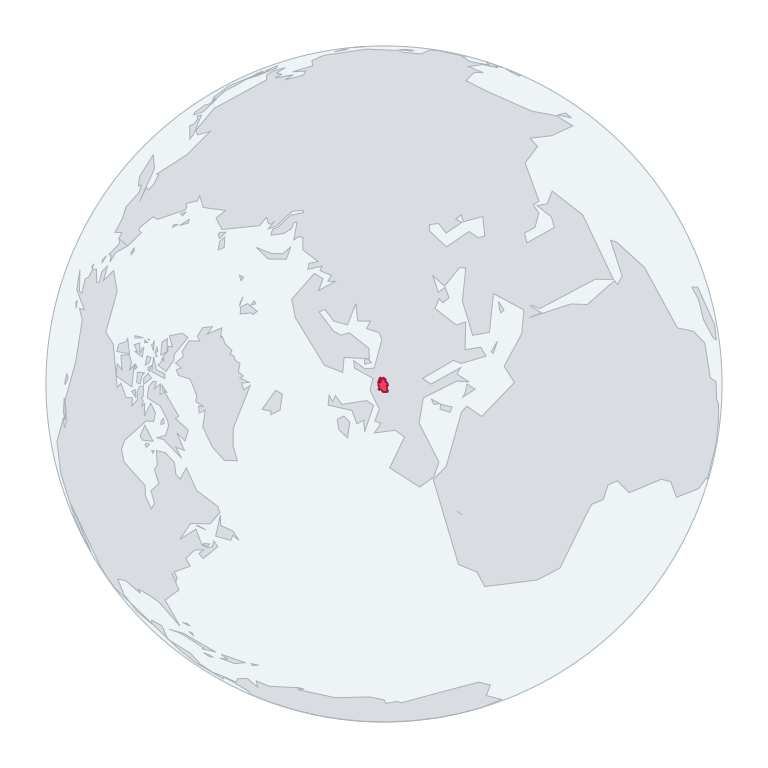 globe centered on Nordrhein-Westfalen, rotated 295°
{"feature_id": "DEU-1572", "entity_name": "Nordrhein-Westfalen", "entity_type": "State", "adm_level": 1, "iso_a3": "DEU", "parent_name": "Germany", "parent_adm1": "", "projection": "orthographic", "projection_center": [7.941, 51.424], "detail": "fine", "context": "on_globe", "style": "filled", "palette": "rose", "viewbox_px": 768, "rotation_deg": 295, "n_neighbors": 0, "source": "natural_earth", "source_scale": "10m", "svg_char_len": 13792}
<svg xmlns="http://www.w3.org/2000/svg" viewBox="0 0 768 768"><g transform="rotate(295 384 384)"><circle cx="384" cy="384" r="338" fill="#eef3f6" stroke="#a8b0b8"/><path d="M46.2,393.1L48.1,392.5L50.4,371.2L50.5,362.7L48.8,362.9L51.8,331.3L56.6,311.2L85.4,226.2L92.6,213.4L99.3,203.5L142.4,151.6L108.2,189.4L118.5,175.4L133.1,158.6L132.6,159.9L152.6,141.3L166.5,128.8L193.5,112.0L218.2,107.7L209.1,112.8L216.1,111.8L228.0,105.6L234.1,101.9L274.2,95.1L314.7,83.4L323.8,76.1L324.7,81.1L339.5,65.7L359.1,60.1L339.1,68.9L338.8,71.8L353.2,68.8L356.0,71.2L364.6,71.4L366.6,74.9L354.8,80.5L355.8,83.0L366.0,80.8L374.4,83.4L359.3,86.1L372.5,91.1L355.2,103.0L313.3,110.0L305.7,121.8L268.0,143.7L273.5,145.4L262.8,155.8L265.1,161.9L257.5,164.8L266.0,167.3L272.5,163.5L278.5,163.5L280.5,166.9L271.0,171.0L268.7,169.9L266.9,173.0L261.4,173.7L265.3,175.3L253.6,180.3L268.0,180.7L261.1,189.1L252.6,191.1L249.9,183.9L223.4,172.8L213.9,173.7L203.3,181.6L190.9,210.5L181.9,214.9L172.4,226.0L179.0,226.4L188.7,218.0L198.5,222.2L209.3,212.2L214.9,212.7L227.4,205.9L229.3,214.7L224.3,227.2L214.1,233.6L211.6,239.5L224.5,240.2L208.3,259.3L202.8,285.1L198.2,289.6L183.7,285.4L175.9,267.7L157.0,264.7L173.0,274.9L161.2,287.0L160.9,292.8L163.7,297.2L169.7,296.0L166.4,302.2L149.4,293.8L152.1,288.0L157.4,290.5L153.7,282.6L142.1,278.2L137.1,285.4L124.9,273.2L121.2,278.3L116.4,279.0L123.2,271.3L110.7,285.2L95.7,276.9L78.4,301.3L91.3,272.3L93.4,260.1L94.3,248.2L91.3,251.8L96.7,232.7L94.6,225.2L83.5,237.0L73.4,256.2L68.5,275.2L71.8,273.2L70.9,285.2L61.3,295.9L58.1,322.5L52.6,335.5L50.2,350.4L51.1,360.1L51.3,376.1L55.0,375.8L59.3,384.8L55.8,397.7L61.0,393.8L61.5,407.6L72.4,434.4L70.6,435.2L79.2,472.7L94.3,503.2L97.8,517.9L95.4,520.7L102.0,530.4L102.2,534.2L133.5,571.4L153.8,595.8L156.1,607.6L144.8,608.4L147.8,623.9L132.5,609.7L117.3,591.5L103.3,572.2L90.8,551.9L79.7,530.9L70.1,509.1L62.1,486.7L55.6,463.8L50.8,440.4L47.7,416.8L46.2,393.1ZM73.3,307.4L70.0,344.9L67.1,331.1L68.5,332.0L70.3,320.7L72.1,304.0L70.9,293.0L73.3,307.4ZM82.6,307.2L82.8,301.7L83.3,306.2L82.6,307.2ZM236.3,100.0L227.9,105.3L216.2,110.3L222.9,105.5L236.3,100.0ZM259.0,92.4L255.9,95.2L248.4,95.1L252.5,93.5L259.0,92.4ZM329.7,70.8L322.3,73.0L328.5,70.1L329.7,70.8ZM365.4,70.9L366.6,69.6L370.5,70.3L365.4,70.9ZM225.5,201.6L226.4,203.7L223.6,203.8L225.5,201.6ZM230.1,196.8L226.2,195.5L227.8,193.1L230.2,193.9L230.1,196.8ZM377.2,76.4L383.1,78.3L375.1,77.3L377.2,76.4ZM234.5,199.0L231.1,188.9L234.0,184.8L245.5,184.7L234.5,199.0ZM385.3,80.0L399.8,85.1L403.7,82.4L400.8,93.4L389.4,85.1L378.8,84.1L385.2,82.5L385.3,80.0ZM273.8,160.8L266.9,165.0L270.8,158.4L273.8,160.8ZM274.8,156.7L278.3,137.7L289.5,133.8L286.0,140.7L299.0,133.4L302.7,140.7L296.5,146.4L288.5,147.4L296.0,149.5L274.8,156.7ZM396.8,99.0L398.5,101.3L394.4,100.0L396.8,99.0ZM281.1,163.0L280.8,159.3L290.5,155.5L292.9,162.2L289.0,161.2L281.1,163.0ZM300.6,128.1L308.2,126.8L313.3,132.2L316.9,132.5L303.8,140.6L300.6,128.1ZM287.8,163.8L293.8,165.8L291.1,170.8L282.1,166.3L287.8,163.8ZM292.0,151.8L296.7,150.4L294.9,153.3L292.0,151.8ZM284.7,190.6L284.2,185.8L289.1,183.4L284.7,190.6ZM296.2,166.2L297.1,164.4L299.0,163.0L302.3,165.4L296.2,166.2ZM308.3,144.0L308.9,146.8L314.0,141.0L318.0,145.2L308.5,149.9L314.3,149.7L315.5,151.0L306.4,153.5L308.3,144.0ZM311.4,163.7L300.7,171.8L300.6,180.9L296.2,183.2L297.1,168.2L311.4,163.7ZM309.2,157.4L309.6,161.7L303.9,162.2L300.1,159.6L309.2,157.4ZM324.2,146.4L320.4,138.8L322.6,138.0L324.2,146.4ZM312.5,166.2L315.0,164.2L313.1,166.7L312.5,166.2ZM321.8,152.3L320.2,149.6L322.8,148.8L321.8,152.3ZM321.5,162.7L318.0,165.2L315.4,163.4L321.5,162.7ZM322.6,157.8L326.4,157.4L316.5,161.2L321.4,156.7L322.6,157.8ZM324.5,152.0L325.5,150.7L324.8,153.3L324.5,152.0ZM333.5,168.5L321.6,173.7L315.8,169.5L328.1,165.0L333.5,168.5ZM720.9,357.9L720.9,358.0L719.5,350.5L718.8,353.6L715.2,338.5L707.2,326.1L708.1,342.4L704.4,334.0L693.6,330.1L692.7,353.5L693.8,403.2L700.0,426.8L697.7,446.0L679.8,430.9L668.5,412.5L664.1,422.8L644.0,418.4L615.3,447.2L609.4,443.5L604.4,452.0L589.9,454.7L580.2,447.5L572.3,453.9L597.8,472.2L606.1,465.2L610.4,447.4L616.2,455.8L629.9,454.9L621.3,492.6L575.7,547.7L568.2,531.1L518.0,493.2L517.8,485.8L517.4,485.1L516.6,484.0L515.1,496.6L505.5,487.6L535.5,519.5L541.9,534.6L575.1,549.2L572.7,553.6L582.5,554.2L610.1,528.5L610.9,534.7L599.7,570.9L558.8,626.2L562.6,642.2L556.8,657.3L527.6,677.1L526.5,683.9L510.9,691.8L507.5,695.5L492.9,702.4L469.9,710.3L434.7,717.3L435.3,715.9L422.1,713.3L404.9,697.0L416.8,685.0L414.8,675.5L389.1,652.2L394.9,636.4L387.3,629.7L372.0,631.6L362.8,623.1L353.3,622.5L291.6,621.3L271.2,605.8L243.0,560.9L252.9,547.7L251.9,527.8L318.3,469.0L335.5,475.2L391.4,466.1L398.9,468.4L395.8,486.2L440.4,501.7L450.8,485.4L487.8,487.6L510.3,479.5L512.2,445.0L475.4,457.7L465.6,443.8L492.4,420.0L524.0,409.0L521.2,403.3L498.4,397.5L502.7,382.6L490.1,394.4L497.4,398.7L489.7,406.5L482.6,403.1L484.4,397.8L474.0,398.3L468.0,424.5L474.8,431.8L449.4,442.9L458.2,456.2L452.3,464.7L435.3,445.5L434.7,436.9L405.4,416.7L403.7,426.5L431.2,446.5L423.9,445.9L421.8,460.4L417.6,448.9L388.0,425.5L363.2,432.4L336.5,466.8L321.0,468.4L305.7,459.9L310.4,424.6L344.6,425.0L346.7,413.5L335.6,396.0L346.9,398.0L346.6,391.2L359.1,390.5L372.5,373.9L384.6,371.6L385.9,350.5L392.3,346.7L389.7,360.1L394.4,368.5L423.9,363.1L428.5,357.7L426.9,344.7L435.3,345.3L430.0,333.5L445.0,324.5L422.2,325.9L419.8,311.8L426.7,298.9L421.8,294.8L410.6,315.8L409.9,324.2L415.7,330.8L410.0,355.0L400.7,360.2L391.2,336.6L377.0,341.7L375.8,322.0L406.7,275.6L421.7,264.5L454.8,274.2L453.6,284.1L441.2,285.3L456.4,296.6L453.4,289.7L460.3,290.5L459.7,278.1L464.6,278.1L455.7,266.4L461.6,265.1L467.1,272.5L471.3,253.9L482.6,248.4L481.2,244.3L476.5,241.4L493.8,236.9L492.0,234.1L485.6,234.5L477.9,229.3L471.0,218.6L477.4,217.6L480.8,221.3L497.4,228.0L505.3,238.6L507.2,237.2L501.8,227.9L481.6,219.5L475.6,213.5L485.5,216.0L481.4,214.6L480.5,211.3L485.5,207.3L474.8,204.1L455.5,171.8L463.3,161.7L474.3,167.0L467.6,145.6L476.9,137.2L471.0,137.4L463.8,128.1L460.8,130.6L457.4,130.0L437.6,109.2L437.9,104.0L422.7,96.6L419.6,96.8L418.6,100.1L400.8,93.4L403.7,82.4L410.5,82.3L407.8,76.1L423.5,77.0L435.3,75.4L454.1,81.0L461.8,79.8L459.8,77.6L468.7,74.8L494.0,78.0L482.2,85.0L446.0,85.3L461.5,85.6L460.6,88.7L467.8,90.9L478.5,91.3L478.1,89.3L508.5,108.5L539.5,119.8L531.0,109.8L534.3,106.2L562.1,113.7L609.9,148.9L614.7,147.2L620.7,151.1L629.0,160.8L620.6,155.3L621.4,160.3L615.4,156.1L625.9,171.0L617.7,165.7L629.9,180.5L634.5,180.8L628.3,169.2L642.3,185.0L646.7,182.0L656.5,190.6L680.4,227.3L690.8,252.4L693.3,257.1L692.6,261.0L699.0,278.4L706.2,284.3L708.6,290.9L715.5,319.7L714.3,315.4L712.5,325.5L717.5,344.3L719.1,340.7L719.5,343.5L720.9,357.9ZM299.4,504.1L298.5,510.4L299.4,504.1ZM560.6,412.9L577.6,402.8L564.6,387.4L570.0,382.5L563.6,379.3L563.6,386.4L547.1,376.5L552.5,365.6L547.7,357.8L541.8,360.9L534.6,382.7L558.1,396.6L556.4,407.5L560.6,412.9ZM72.8,435.0L73.7,440.7L71.6,436.5L72.8,435.0ZM64.2,334.1L64.7,340.0L64.1,344.9L63.2,341.2L64.2,334.1ZM74.4,381.7L76.2,389.2L73.3,383.6L74.4,381.7ZM70.1,350.5L72.9,376.2L67.5,366.9L66.1,350.9L68.5,358.8L70.1,350.5ZM77.3,311.7L77.1,316.1L75.5,317.3L77.3,311.7ZM83.0,310.5L82.7,309.3L83.9,305.7L83.0,310.5ZM162.2,287.5L163.5,288.4L165.3,293.7L162.2,292.8L162.2,287.5ZM186.9,309.0L181.1,318.6L183.1,310.9L177.6,311.2L174.9,295.8L195.8,291.2L186.8,295.8L186.9,309.0ZM177.1,274.9L176.5,284.6L176.3,274.2L177.1,274.9ZM332.3,356.6L337.9,361.2L335.1,369.1L319.7,373.7L323.7,362.2L332.3,356.6ZM346.5,366.1L341.3,342.3L350.6,339.1L346.3,344.8L352.9,345.0L347.7,354.4L361.7,375.3L360.1,383.7L332.7,386.6L342.5,380.8L336.5,376.3L346.5,366.1ZM311.6,293.1L309.5,284.3L332.5,288.4L331.8,296.2L316.5,300.8L308.3,294.4L311.6,293.1ZM255.3,201.5L253.0,199.0L255.6,197.7L259.7,198.7L255.3,201.5ZM284.1,188.6L268.1,211.5L264.6,209.6L259.4,226.1L248.3,227.8L252.0,216.9L239.6,231.0L238.5,221.9L231.1,232.1L240.6,207.7L239.2,200.6L245.0,207.8L255.3,206.3L259.3,203.5L269.5,190.6L271.5,175.3L281.9,171.9L288.8,173.6L289.9,176.8L282.8,177.9L289.4,181.4L280.0,185.4L284.1,188.6ZM363.4,204.3L354.6,202.8L366.4,213.3L356.9,216.2L358.9,217.2L353.4,223.0L350.1,232.0L345.4,232.1L346.2,235.6L342.5,239.7L342.0,244.7L333.3,246.9L331.9,253.2L328.5,250.7L328.6,261.2L324.6,254.4L319.6,259.5L326.1,263.4L280.1,266.1L263.9,273.5L252.5,283.6L247.3,271.5L254.6,254.6L268.4,238.0L284.8,233.0L279.5,228.8L285.7,225.3L287.3,230.1L288.6,220.7L294.2,219.3L306.5,206.3L304.9,194.4L309.3,189.7L312.8,193.6L314.8,186.2L324.3,190.6L327.7,187.4L340.5,188.9L345.1,198.9L348.6,194.6L358.5,196.0L363.4,204.3ZM337.0,169.2L344.7,179.7L343.3,186.7L321.6,181.3L317.2,183.6L303.3,181.0L305.6,171.1L309.4,172.7L313.6,172.0L311.2,175.4L316.2,172.1L321.6,174.3L327.0,172.5L328.0,176.4L337.0,169.2ZM405.5,461.0L410.9,461.2L419.0,459.3L417.8,468.7L405.5,461.0ZM385.0,445.4L389.6,443.9L391.9,455.6L386.2,455.7L385.0,445.4ZM390.3,433.4L389.7,442.9L386.6,437.8L390.3,433.4ZM393.8,358.1L398.6,355.9L399.8,358.8L398.1,363.7L393.8,358.1ZM396.3,238.4L391.5,235.8L392.4,233.8L386.7,224.1L393.2,221.5L399.2,226.4L396.3,238.4ZM507.1,453.0L501.8,461.5L497.8,459.8L500.5,457.2L507.1,453.0ZM458.5,467.5L470.6,468.7L458.1,470.0L458.5,467.5ZM402.5,233.9L399.3,230.1L404.5,231.2L402.5,233.9ZM397.7,219.2L403.4,219.5L393.3,220.1L397.7,219.2ZM604.4,627.2L577.5,658.6L564.5,666.5L565.0,662.9L577.0,646.7L593.2,633.6L601.9,622.2L604.4,627.2ZM721.9,377.4L720.0,376.0L720.5,366.8L721.1,361.1L721.9,377.4ZM701.0,427.6L706.3,433.9L704.4,441.5L701.0,427.6ZM696.7,262.8L698.9,270.5L697.3,267.9L693.4,256.5L696.7,262.8ZM664.1,198.5L670.3,206.3L672.9,210.2L670.9,208.4L664.1,198.5ZM453.8,210.5L454.6,226.6L459.4,237.3L469.0,241.6L455.8,242.7L448.3,226.2L453.8,210.5ZM454.7,176.5L446.3,173.4L449.6,170.7L452.0,171.0L454.7,176.5ZM449.9,177.5L440.3,181.5L435.4,177.1L443.9,174.8L449.9,177.5ZM421.6,207.0L421.4,211.8L417.2,210.7L421.6,207.0ZM681.8,224.3L679.5,220.1L676.1,214.1L676.9,215.4L681.8,224.3ZM616.7,142.4L613.4,140.5L608.2,135.1L612.0,137.9L616.7,142.4ZM588.3,117.3L605.7,133.1L619.1,146.9L618.4,144.9L627.5,152.9L624.9,153.1L610.4,139.4L601.5,130.0L593.5,124.7L582.9,116.2L574.9,112.8L568.1,108.4L572.6,108.8L588.3,117.3ZM571.8,111.9L554.1,105.0L547.5,97.7L549.9,97.5L560.8,103.6L563.7,107.1L571.8,111.9ZM547.9,101.4L550.5,104.8L529.9,105.9L523.9,104.5L536.1,98.8L539.2,101.9L545.4,103.3L547.9,101.4ZM401.5,100.2L398.8,101.2L399.3,99.1L401.5,100.2ZM456.0,131.6L451.4,130.5L452.2,127.7L456.0,131.6ZM439.4,126.1L441.7,129.9L436.6,126.2L439.4,126.1ZM447.2,138.7L441.3,131.7L450.8,137.9L447.2,138.7Z" fill="#d9dde1" stroke="#a8b0b8" stroke-width="1"/><path d="M379.8,379.9L380.0,379.9L380.1,379.7L380.3,379.6L380.5,379.3L380.7,379.2L380.8,379.2L381.0,379.0L381.5,379.0L381.9,378.8L382.1,378.7L382.3,378.6L382.5,378.4L382.7,378.2L382.8,378.1L382.7,378.1L382.8,377.8L383.1,377.9L383.1,378.0L383.5,378.4L383.6,378.5L383.8,378.4L384.0,378.6L384.1,378.8L384.0,379.0L383.9,379.1L383.9,379.4L384.0,379.5L384.3,379.6L384.2,379.9L383.9,379.9L383.8,380.0L383.9,380.3L384.1,380.4L384.3,380.2L384.5,380.2L384.9,380.1L385.0,380.0L385.1,379.9L385.7,379.9L385.8,379.8L385.9,379.6L386.0,379.6L385.9,379.4L385.9,378.8L385.8,378.6L385.8,378.4L385.7,378.4L385.4,378.2L385.3,377.9L385.5,378.0L385.8,377.9L385.9,377.7L386.0,377.6L386.5,377.5L386.7,377.8L386.8,377.8L386.7,378.0L386.8,378.0L387.2,378.3L387.3,378.3L387.4,378.2L387.7,378.2L387.8,378.0L387.8,377.8L387.9,377.7L388.1,377.6L388.3,377.8L388.2,377.9L388.3,378.2L388.1,378.5L387.8,378.6L387.8,379.0L388.1,379.2L388.0,379.3L387.9,379.4L387.8,379.5L387.8,379.8L388.1,379.8L388.4,379.8L388.5,380.0L388.6,380.5L388.9,380.7L388.9,380.9L388.8,381.0L389.0,381.0L389.0,381.4L389.4,381.4L389.5,381.3L389.5,381.5L389.4,381.9L389.4,382.0L389.3,382.3L389.2,382.5L389.3,382.7L389.5,382.6L389.4,382.7L389.1,382.8L389.2,383.0L389.0,383.3L388.7,383.6L388.7,383.8L388.3,383.9L388.2,383.8L388.2,383.7L387.9,383.5L387.7,383.5L387.6,383.8L387.6,384.0L387.4,384.3L387.2,384.2L387.1,384.3L386.9,384.3L386.7,384.3L386.6,384.5L386.4,384.7L386.3,384.9L386.4,385.0L386.5,385.1L386.8,384.9L386.9,385.0L387.0,385.4L387.0,385.5L386.8,385.7L386.8,385.8L386.7,386.0L386.5,385.9L386.2,385.9L386.1,386.0L386.2,386.4L386.2,386.5L386.0,386.8L386.0,387.0L385.9,387.0L385.7,387.1L385.6,387.3L385.4,387.3L385.3,387.2L385.0,387.5L384.9,387.6L384.7,387.8L384.8,387.9L384.8,388.0L384.8,388.3L384.7,388.4L384.4,388.3L384.4,388.2L384.2,387.9L384.2,387.7L383.8,387.3L383.6,387.2L383.5,386.9L383.4,386.9L383.3,387.0L383.3,387.3L383.4,387.5L383.2,387.4L383.2,387.5L383.1,387.8L382.8,388.0L382.7,388.1L382.2,388.2L381.9,388.2L381.9,388.3L381.9,388.5L381.5,388.7L381.3,388.7L381.2,388.6L381.1,388.8L380.9,388.8L380.7,388.9L380.5,389.0L380.2,389.1L380.0,389.3L380.0,389.6L379.9,389.6L379.6,389.6L379.5,389.8L379.6,390.0L379.7,390.3L379.4,390.3L379.2,390.2L379.1,390.3L379.1,390.2L378.9,390.1L378.7,390.2L378.5,390.3L378.4,390.3L378.4,390.2L378.2,390.1L378.3,390.4L378.2,390.4L378.0,390.2L378.0,389.9L378.0,389.7L377.9,389.6L378.0,389.5L377.8,389.4L377.7,389.4L377.5,389.5L377.4,389.3L377.4,389.2L377.6,388.9L377.7,388.7L377.4,388.7L377.1,388.2L376.8,388.1L376.7,387.9L376.8,387.8L376.7,387.7L376.8,387.6L376.8,387.4L377.0,387.3L377.0,387.2L376.9,386.9L376.8,386.7L376.7,386.6L376.3,386.6L376.3,386.4L376.3,386.1L376.5,386.2L377.1,385.7L377.3,385.6L377.3,385.4L377.1,385.5L377.1,385.4L377.0,385.2L377.2,384.9L377.4,384.5L377.5,384.4L377.6,384.2L377.6,383.7L377.6,383.4L377.4,383.2L377.2,382.9L377.3,382.6L377.0,382.5L376.9,382.4L377.0,382.2L376.8,382.1L376.7,382.1L376.8,381.9L376.7,381.7L376.9,381.5L377.1,381.4L377.5,381.5L377.5,381.4L377.3,381.2L377.5,381.2L377.6,381.3L377.8,381.3L378.0,381.4L378.1,381.5L378.3,381.6L378.3,381.4L378.5,381.4L378.9,381.3L379.2,381.2L379.5,381.2L379.8,380.9L379.9,380.7L379.4,380.4L379.4,380.2L379.5,380.2L379.8,379.9Z" fill="#f43f5e" stroke="#9f1239" stroke-width="1.5"/></g></svg>